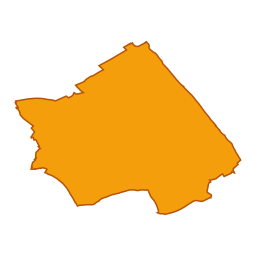 Voerendaal, Limburg, Netherlands (Equal Earth projection)
{"feature_id": "6326949B50745475536845", "entity_name": "Voerendaal", "entity_type": "district", "adm_level": 2, "iso_a3": "NLD", "parent_name": "Netherlands", "parent_adm1": "Limburg", "projection": "equal_earth", "projection_center": [5.917, 50.872], "detail": "fine", "context": "isolated", "style": "filled", "palette": "amber", "viewbox_px": 256, "rotation_deg": 0, "n_neighbors": 0, "source": "geoboundaries", "source_scale": "gbopen_adm2", "svg_char_len": 5535}
<svg xmlns="http://www.w3.org/2000/svg" viewBox="0 0 256 256"><path d="M144.6,42.9L144.1,43.3L142.9,44.0L140.4,45.3L139.5,45.7L139.2,45.9L139.0,46.1L138.7,46.4L136.6,46.4L135.7,46.3L135.4,46.1L135.1,46.1L134.6,45.7L134.2,45.4L133.4,44.5L133.0,44.2L132.7,43.6L132.6,43.3L132.5,42.9L130.0,44.1L130.0,43.6L123.7,47.3L126.5,50.0L118.5,54.7L111.8,58.7L108.2,60.7L99.0,65.7L103.4,69.8L102.6,70.3L102.1,70.4L101.6,70.7L100.4,71.3L97.3,73.1L94.3,75.0L92.8,75.8L91.1,76.2L89.7,77.0L86.8,78.9L85.9,79.6L83.9,81.7L83.7,81.8L83.3,82.0L75.7,85.2L76.0,85.5L75.9,85.5L76.3,86.0L76.9,86.8L78.2,88.1L79.4,89.2L79.8,89.7L80.7,90.6L83.3,92.6L81.0,93.1L78.9,93.7L76.6,94.0L76.1,94.1L75.9,94.0L75.7,94.0L75.6,93.9L74.8,93.0L74.5,92.8L74.1,92.6L73.5,93.7L73.1,94.7L72.8,95.2L72.4,95.6L72.2,95.8L71.3,96.4L69.9,97.2L69.4,97.4L68.8,97.6L68.6,97.7L68.3,97.6L67.7,97.3L66.9,96.5L66.2,96.1L63.3,97.4L55.7,100.8L55.9,100.8L55.7,100.9L55.2,100.9L54.3,100.6L53.5,100.3L52.3,100.0L50.7,99.8L48.6,99.6L47.8,99.5L45.5,99.1L44.5,98.8L42.8,98.6L40.3,98.4L36.2,98.3L33.9,98.4L32.5,98.5L31.2,98.6L28.7,98.9L27.6,99.0L15.6,101.1L16.2,102.6L15.4,102.7L16.3,104.7L18.0,107.0L16.1,107.6L16.6,108.6L18.1,108.2L18.0,109.0L18.0,109.3L18.0,109.5L18.4,110.1L19.1,110.8L19.3,111.1L19.9,113.3L20.0,113.6L20.3,115.0L20.5,115.4L21.3,116.1L23.4,118.5L30.0,123.5L33.3,126.0L31.3,128.1L31.7,128.6L32.8,129.9L33.0,130.0L33.7,130.8L34.5,131.9L31.4,136.6L31.5,136.6L31.2,137.0L31.1,137.4L31.5,137.6L31.5,137.9L33.4,137.5L34.0,140.0L35.9,139.7L39.2,146.2L38.3,146.5L38.5,146.7L38.6,146.9L39.6,148.1L40.3,148.6L38.9,149.3L38.7,149.5L38.0,150.4L37.2,151.2L36.6,151.8L36.0,152.5L36.0,152.8L35.6,157.4L36.2,157.7L35.8,158.1L36.0,158.3L34.5,159.4L35.4,160.0L32.7,162.4L32.5,162.9L32.3,163.7L32.0,164.7L31.8,165.7L31.7,166.2L31.4,166.9L32.2,167.2L31.2,168.8L31.1,169.2L31.5,169.2L32.6,169.2L34.1,169.2L35.4,169.3L35.6,169.2L35.4,168.8L35.5,168.8L35.8,169.0L36.6,168.9L38.4,168.5L39.8,168.1L40.6,168.4L41.0,168.3L42.0,167.7L42.4,167.8L45.5,168.4L47.0,169.4L45.3,171.8L44.9,172.6L46.6,173.1L47.0,173.6L47.9,174.1L50.5,175.0L52.0,175.7L53.2,176.3L56.1,178.1L57.6,179.1L58.9,180.3L59.1,180.5L59.3,180.4L59.4,180.5L59.7,180.7L60.6,181.7L61.2,182.1L61.7,182.5L63.5,184.2L65.4,186.4L66.9,188.3L67.7,189.6L68.6,191.0L69.2,191.9L69.5,192.7L70.0,193.7L70.7,194.5L70.8,194.9L71.0,195.2L71.4,195.9L72.4,197.3L73.7,199.6L74.7,201.7L75.3,202.6L75.3,202.8L75.9,203.1L76.1,203.3L76.4,204.0L77.5,206.0L79.6,205.3L80.5,205.2L83.0,205.1L86.3,204.7L87.4,204.7L92.2,204.7L92.8,204.6L93.2,204.5L93.8,204.3L94.3,204.0L95.1,203.4L96.0,202.7L96.6,202.3L98.9,201.0L99.2,200.8L99.4,200.5L100.0,199.8L101.1,199.1L101.5,198.7L102.6,198.3L104.1,197.7L106.1,197.1L107.9,196.4L109.4,195.7L111.7,194.9L112.8,194.6L115.5,193.9L119.2,193.1L120.8,192.4L122.1,192.1L125.4,191.2L128.0,190.4L129.5,190.0L130.7,189.8L131.2,190.0L132.2,189.9L134.0,189.9L137.0,190.5L137.4,190.6L137.7,190.6L138.8,190.4L140.5,190.0L141.5,189.9L146.2,190.1L148.0,190.0L150.5,196.0L150.9,196.8L151.2,197.2L154.5,201.1L154.8,201.6L155.7,203.5L156.6,205.3L157.1,206.6L158.4,210.7L158.4,211.6L158.3,212.0L157.8,212.7L157.5,212.8L159.2,213.5L159.8,213.6L160.6,213.7L163.0,213.8L163.8,213.9L164.3,214.0L164.7,214.3L165.1,214.3L168.5,213.5L171.0,212.9L172.6,212.4L174.8,211.7L176.9,210.9L178.2,210.3L179.5,209.6L180.0,209.5L180.2,209.4L181.7,208.5L183.7,207.4L184.7,206.8L189.1,203.8L190.3,203.2L191.4,202.5L192.6,201.7L193.5,201.0L193.9,201.1L194.2,201.0L194.3,200.9L195.3,200.6L195.9,200.5L196.4,200.5L197.0,200.7L201.0,201.3L201.7,201.3L202.4,201.2L203.1,201.1L203.6,200.9L205.3,200.0L208.1,198.6L210.0,197.7L210.3,197.7L210.2,197.6L210.5,197.5L210.9,197.2L211.4,196.2L211.4,195.9L211.4,195.5L211.4,195.4L211.3,195.0L211.0,194.7L210.5,194.3L207.8,192.7L207.6,192.6L207.4,192.4L207.2,192.0L207.0,191.6L207.0,191.4L207.1,190.8L208.2,186.0L208.4,185.9L208.5,185.9L208.3,185.8L208.3,185.7L208.1,185.6L208.9,182.8L210.7,182.0L210.1,180.8L209.6,180.1L211.6,179.9L212.5,179.7L215.6,178.8L216.0,178.7L217.0,177.9L217.4,177.6L218.2,176.9L219.5,175.9L221.1,174.8L222.6,174.0L222.8,174.3L223.0,174.7L223.2,175.0L224.1,176.5L231.1,173.3L231.4,172.5L231.7,171.9L234.4,172.9L234.0,171.8L233.2,170.4L233.1,170.0L233.1,169.7L233.1,169.3L233.6,168.2L233.8,168.3L236.6,165.7L238.0,164.4L237.4,163.8L237.4,163.0L237.7,162.6L238.0,162.6L238.8,161.7L239.3,161.2L240.1,160.6L240.6,160.2L240.1,158.8L239.8,158.6L239.0,157.5L238.6,156.7L237.8,155.3L236.4,153.0L235.7,151.9L234.9,150.1L234.0,148.7L233.4,147.3L232.9,146.5L232.4,145.2L232.0,144.0L231.9,143.9L231.1,142.9L229.9,141.9L229.1,141.2L228.1,140.4L227.5,139.8L225.6,137.3L225.1,136.1L224.5,135.1L224.2,134.9L224.0,135.0L223.2,134.4L221.9,133.3L221.4,132.8L220.8,132.1L220.3,131.5L219.5,130.2L219.4,130.1L219.5,130.0L216.5,126.8L215.4,125.7L215.9,125.4L210.4,119.2L210.3,119.3L209.6,118.0L208.7,116.7L206.7,114.4L205.9,113.4L205.5,112.8L205.1,112.4L203.6,110.4L200.7,106.3L198.4,103.2L196.7,101.3L195.8,100.3L194.4,98.3L192.7,96.3L191.9,95.3L190.9,94.4L190.0,93.5L186.3,89.8L184.7,88.2L182.4,85.7L182.5,85.7L181.7,85.2L180.8,84.3L178.9,82.3L176.9,80.1L173.9,76.4L171.3,73.4L168.1,69.4L165.5,66.5L164.5,65.6L163.6,64.6L162.8,63.7L162.4,62.7L162.4,62.4L162.2,61.8L161.9,61.3L161.6,60.7L160.7,59.8L158.8,57.7L158.2,56.8L157.9,56.3L157.2,55.2L155.5,53.3L154.2,52.5L153.1,52.0L151.9,50.9L150.4,49.8L150.0,49.4L149.9,49.4L149.0,47.6L149.2,45.9L149.0,45.5L148.8,44.7L148.6,44.1L148.1,43.7L147.6,43.2L147.2,42.7L146.9,42.2L146.3,41.7L145.5,42.3L145.2,42.8L144.9,43.1L144.6,42.9Z" fill="#f59e0b" stroke="#b45309" stroke-width="1.5"/></svg>